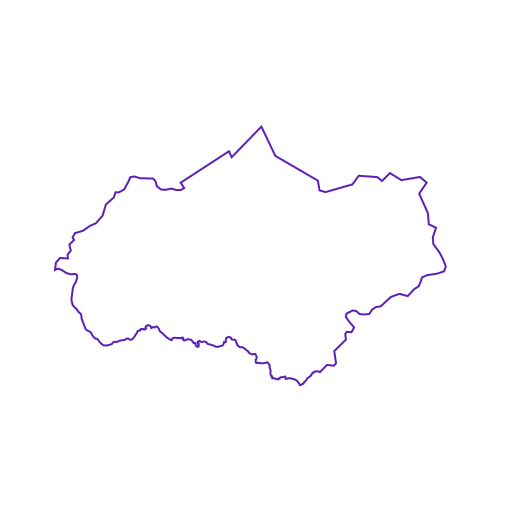 outline of Sarandí del Yí, Durazno, Uruguay, rotated 43°
{"feature_id": "84410073B30511027712587", "entity_name": "Sarandí del Yí", "entity_type": "district", "adm_level": 2, "iso_a3": "URY", "parent_name": "Uruguay", "parent_adm1": "Durazno", "projection": "mercator", "projection_center": [-55.569, -33.214], "detail": "fine", "context": "isolated", "style": "outline", "palette": "violet", "viewbox_px": 512, "rotation_deg": 43, "n_neighbors": 0, "source": "geoboundaries", "source_scale": "gbopen_adm2", "svg_char_len": 5010}
<svg xmlns="http://www.w3.org/2000/svg" viewBox="0 0 512 512"><g transform="rotate(43 256 256)"><path d="M118.5,403.3L119.1,401.6L120.3,399.9L122.2,399.2L124.1,398.5L126.1,398.3L128.3,397.9L130.1,397.3L132.0,396.1L133.3,395.5L134.4,394.2L135.7,392.8L137.3,391.9L138.8,392.7L140.0,393.9L141.2,396.2L142.2,398.6L142.4,400.5L143.3,402.7L144.0,404.5L145.5,406.5L147.5,409.2L148.6,410.8L149.9,412.8L151.8,414.6L153.4,415.6L155.0,416.7L156.6,417.1L158.7,417.3L160.8,417.1L162.7,417.7L164.3,417.9L165.9,417.9L167.5,417.8L169.2,418.9L171.1,420.7L173.0,421.7L175.0,422.7L176.7,423.5L178.7,424.3L180.9,425.6L183.0,425.6L184.8,425.1L186.1,424.6L188.0,424.7L190.0,425.5L191.9,425.9L193.5,426.0L195.2,425.8L196.4,424.9L197.8,425.1L199.0,425.3L200.5,425.6L201.3,425.6L203.4,425.6L205.2,425.4L207.0,424.1L208.4,422.4L209.8,420.3L210.6,418.5L210.4,417.2L210.6,415.9L211.4,414.9L212.9,413.7L213.7,411.7L214.5,410.3L215.8,408.7L216.1,408.3L217.1,407.1L217.7,405.0L218.5,403.7L219.3,403.4L220.6,403.3L221.7,402.6L222.2,401.3L222.3,399.1L222.0,397.4L221.6,395.8L221.5,394.3L220.7,391.6L220.8,391.1L221.1,390.7L221.5,390.3L222.1,389.1L222.0,388.8L221.7,388.8L221.5,388.6L221.5,388.1L221.8,387.8L222.4,387.0L223.1,386.8L223.4,386.2L223.9,386.2L224.1,386.1L224.4,386.0L224.9,385.5L225.1,385.1L225.0,384.7L224.9,383.9L224.5,383.7L224.3,383.7L224.1,383.8L223.7,383.1L223.5,382.0L224.0,381.1L224.0,380.5L224.4,380.2L225.9,379.3L227.1,379.3L227.6,379.7L228.3,380.1L228.6,380.1L228.7,379.9L228.8,379.2L228.9,378.7L229.0,378.3L229.7,378.0L230.4,377.6L230.9,376.6L231.3,375.4L232.0,375.0L233.1,375.1L234.5,375.5L236.2,376.3L238.0,376.6L239.8,376.3L241.7,376.3L243.1,376.4L245.3,376.4L247.1,376.4L249.4,375.8L251.3,375.5L251.7,374.6L251.0,373.1L251.5,372.2L252.7,370.8L255.0,369.2L257.3,366.8L257.8,365.8L258.5,365.6L259.0,365.8L259.0,366.5L259.3,366.8L260.4,367.0L261.3,366.6L261.9,365.3L262.7,363.5L264.2,362.4L265.9,361.5L268.4,361.8L269.7,362.2L270.5,361.2L271.4,361.3L272.1,362.0L273.1,362.6L274.3,362.7L275.4,362.1L275.7,361.5L275.5,360.9L274.7,360.7L274.4,360.6L274.3,360.3L274.6,359.9L274.4,359.6L273.8,359.3L273.6,359.0L273.3,359.1L273.0,359.5L272.9,359.5L272.5,359.3L272.1,359.0L272.0,357.9L272.3,357.2L272.6,356.6L273.4,356.5L274.9,356.0L275.9,354.5L276.9,353.5L278.3,352.8L280.1,353.3L281.8,352.7L283.0,351.8L284.7,351.3L285.7,350.5L287.1,350.2L288.5,349.8L290.0,348.5L291.2,346.5L292.4,344.7L292.5,343.8L292.4,342.9L292.1,342.2L291.5,341.1L291.4,340.8L291.6,340.7L292.1,340.5L292.6,339.6L292.4,339.1L291.5,338.6L290.8,337.5L290.2,336.1L290.6,335.3L290.8,334.1L291.2,333.8L291.7,333.6L292.7,333.1L292.9,332.9L293.4,332.9L293.8,333.2L294.6,333.3L295.0,333.6L295.5,333.4L296.7,332.5L297.5,331.9L298.2,331.6L299.2,331.9L300.8,332.8L302.1,333.3L303.4,334.0L304.0,334.0L305.9,333.8L306.9,333.3L308.1,332.0L309.3,331.8L311.1,331.3L312.4,331.4L314.2,331.2L314.8,331.2L315.5,331.0L316.2,331.6L317.8,331.5L318.9,331.1L320.3,330.6L320.9,329.7L322.0,328.3L322.9,328.3L325.7,329.6L326.4,330.7L326.5,332.1L327.3,333.0L328.1,333.7L329.0,334.1L329.4,334.0L330.2,332.7L331.2,332.2L333.0,330.9L334.4,329.6L335.5,328.2L336.5,326.4L337.0,325.9L338.3,326.1L339.9,326.5L340.9,327.0L342.0,328.3L343.6,329.1L345.3,330.3L346.7,332.2L348.5,333.4L349.6,333.0L350.2,333.4L351.0,334.3L351.7,334.1L352.1,333.3L353.7,332.6L356.1,331.4L356.6,330.8L356.3,330.2L356.3,329.6L356.7,329.4L356.9,329.2L356.6,328.5L356.7,328.0L357.0,327.6L358.6,325.9L359.2,324.8L359.6,324.2L360.2,324.5L361.5,325.6L361.8,325.6L362.7,323.8L363.8,322.5L364.9,321.7L366.6,320.9L368.7,319.8L370.6,319.3L371.4,319.3L372.4,319.5L374.5,319.9L375.1,320.0L375.5,320.2L375.8,320.5L376.2,320.5L376.5,320.3L376.8,319.6L376.9,318.7L377.3,318.2L377.7,316.9L377.2,315.1L377.5,313.3L377.4,312.3L376.9,310.3L377.5,308.0L377.7,306.7L377.8,305.6L377.3,304.8L377.2,303.6L377.1,302.2L377.9,301.6L377.8,300.1L379.0,299.3L380.0,298.0L382.0,297.3L382.2,287.2L387.8,283.1L387.7,279.9L381.6,275.0L378.1,272.2L378.8,255.8L374.4,252.1L374.1,249.6L377.8,246.6L376.5,241.3L368.3,240.4L363.1,239.2L361.5,236.5L363.8,230.0L366.8,227.9L371.4,227.8L374.1,225.8L378.4,221.2L377.5,216.0L378.4,211.8L381.5,207.8L382.6,193.8L386.8,185.8L394.3,181.9L394.3,172.4L395.6,167.2L393.8,162.1L392.0,158.5L394.3,153.2L400.7,145.1L404.0,138.9L402.0,134.2L393.6,130.3L387.5,128.2L377.5,126.3L372.5,121.7L368.4,112.5L360.8,115.0L352.6,107.5L332.8,99.1L330.8,86.0L322.1,86.3L310.5,101.4L297.4,104.0L297.0,115.2L290.8,115.6L276.4,127.3L277.7,137.8L263.3,161.8L257.8,164.7L249.8,158.7L201.9,169.6L171.7,157.7L170.8,200.4L164.8,197.8L150.9,253.8L157.1,255.2L156.1,258.9L152.6,262.2L148.4,264.2L144.4,269.6L141.0,272.2L135.7,272.6L132.6,270.4L130.1,269.7L127.7,269.6L124.8,272.4L121.1,275.5L118.2,278.2L112.8,280.8L110.3,284.1L112.2,289.3L114.2,297.4L112.2,303.1L109.8,305.3L112.1,310.1L111.1,320.7L116.3,331.2L116.6,341.4L114.1,346.9L112.2,355.7L108.0,362.7L109.3,367.6L112.0,368.4L111.7,374.9L116.9,378.4L117.3,383.5L120.1,386.1L114.0,391.1L114.2,397.4L115.8,399.5L118.5,403.3Z" fill="none" stroke="#5b21b6" stroke-width="2"/></g></svg>